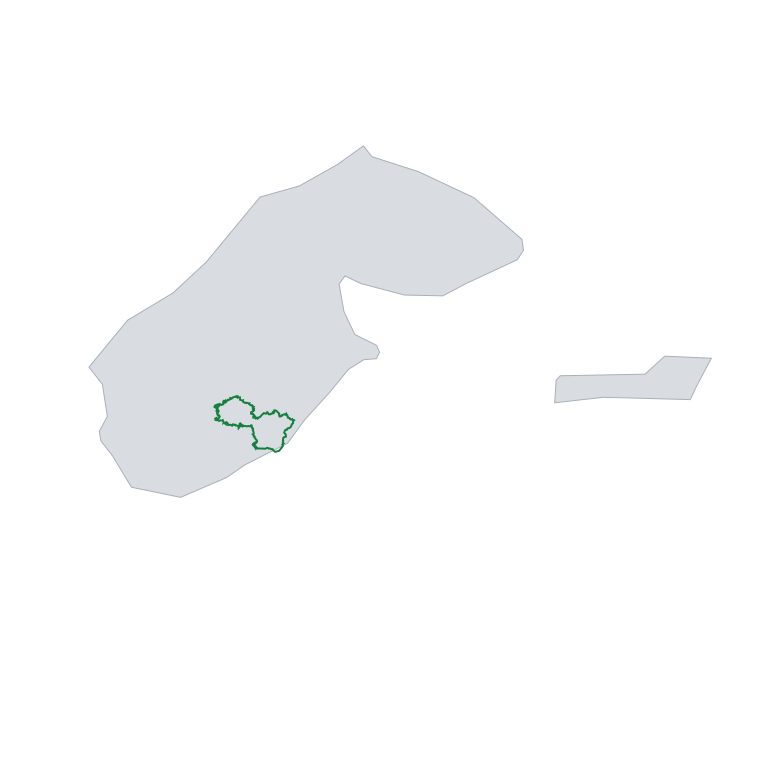 Qalqiliya, West Bank, Palestine shown in context, rotated 226°
{"feature_id": "87354302B40414204592822", "entity_name": "Qalqiliya", "entity_type": "district", "adm_level": 2, "iso_a3": "PSE", "parent_name": "Palestine", "parent_adm1": "West Bank", "projection": "orthographic", "projection_center": [35.101, 32.181], "detail": "fine", "context": "in_parent", "style": "outline", "palette": "green", "viewbox_px": 768, "rotation_deg": 226, "n_neighbors": 0, "source": "geoboundaries", "source_scale": "gbopen_adm2", "svg_char_len": 6589}
<svg xmlns="http://www.w3.org/2000/svg" viewBox="0 0 768 768"><g transform="rotate(226 384 384)"><path d="M601.1,183.5L608.0,243.8L596.1,295.5L595.2,340.8L604.6,424.8L585.3,460.6L574.3,502.7L569.6,534.6L555.9,533.2L512.8,556.3L455.5,578.1L392.2,583.7L383.3,577.2L380.8,566.2L399.3,512.8L406.5,487.6L433.8,460.5L472.5,437.0L488.9,431.0L487.0,421.0L463.9,405.5L439.9,397.4L417.0,405.5L409.9,402.9L407.5,396.1L415.5,386.4L419.2,368.5L415.7,338.5L413.3,301.9L408.4,273.6L422.5,227.6L426.1,205.7L443.8,158.9L485.2,130.6L520.9,138.8L539.7,140.8L547.7,146.3L552.9,162.5L579.4,181.2L601.1,183.5ZM251.9,493.7L267.1,510.4L267.5,516.5L209.8,578.5L209.0,605.3L175.1,637.4L164.6,605.2L160.0,593.5L222.3,532.3L251.9,493.7Z" fill="#d9dde1" stroke="#a8b0b8" stroke-width="1"/><path d="M425.0,248.5L424.3,249.5L423.1,250.6L421.9,251.9L420.8,252.7L419.8,253.8L419.6,254.8L419.1,255.8L418.4,256.1L417.7,256.1L417.1,257.0L416.6,257.3L415.5,257.5L415.0,258.2L414.6,258.5L413.9,258.6L413.1,258.3L411.4,258.5L410.8,258.7L410.5,259.0L410.2,259.5L408.8,262.2L409.3,266.1L409.4,266.3L409.5,267.2L409.6,268.0L410.3,268.8L411.1,268.9L411.1,270.6L412.0,270.5L413.1,271.5L413.1,272.0L414.4,273.0L415.3,274.3L415.3,274.9L414.6,276.0L414.3,276.9L416.0,278.3L417.0,278.2L418.3,278.4L419.5,280.8L419.1,282.2L418.6,282.3L419.0,283.9L418.0,285.4L417.9,286.9L418.1,288.0L419.0,289.6L419.0,291.2L419.9,292.1L420.4,293.0L420.4,294.2L420.7,294.2L421.3,293.6L422.4,293.3L422.5,293.4L422.8,292.7L423.0,292.6L423.1,292.4L423.6,292.4L423.7,292.2L424.1,292.0L424.6,292.1L425.2,292.4L425.6,292.0L425.9,292.0L426.5,291.5L427.1,291.7L427.6,292.3L427.9,292.4L428.4,292.3L428.6,292.6L428.8,292.5L429.5,292.7L429.6,292.8L429.9,292.9L430.3,293.0L430.2,292.8L430.3,292.1L430.6,291.9L430.6,291.7L431.1,291.8L431.7,290.8L432.5,288.8L432.1,288.6L432.1,288.3L432.5,288.3L432.6,288.1L432.5,287.5L432.7,286.8L432.8,286.6L433.2,286.3L435.0,287.3L435.4,288.0L438.2,288.0L438.5,287.8L439.1,287.9L439.8,287.8L441.0,287.2L441.3,286.8L441.2,286.4L441.0,285.9L440.8,285.8L440.8,285.6L440.1,285.5L440.1,285.2L440.5,284.9L440.9,285.0L441.0,284.5L440.8,284.4L440.6,284.0L439.9,284.0L440.2,283.4L440.5,283.3L441.0,281.5L441.4,281.5L441.5,281.1L441.4,281.0L442.4,280.0L444.7,280.6L444.9,280.4L444.7,278.9L444.7,278.3L446.5,277.4L446.6,275.6L446.4,271.6L446.8,270.9L446.9,270.3L447.5,269.8L447.5,269.4L446.9,269.4L446.9,268.9L448.1,268.7L448.6,268.0L448.6,267.8L449.0,267.9L449.1,268.2L449.4,268.0L449.3,267.9L450.4,266.8L450.5,267.0L450.8,266.9L451.2,267.2L451.1,267.4L451.4,267.8L451.5,268.3L451.5,268.5L451.2,268.8L453.2,269.0L453.4,268.6L454.7,268.5L454.8,267.8L455.2,267.9L455.8,268.5L456.0,268.7L456.0,269.1L455.4,270.6L455.3,271.5L455.7,271.5L455.7,272.0L456.1,271.9L456.9,272.2L456.8,272.5L456.3,272.7L456.0,272.9L456.1,273.0L456.5,273.4L457.7,273.2L458.0,274.4L459.0,273.8L459.1,274.3L460.1,274.4L460.1,274.2L460.6,274.1L461.4,273.3L463.2,273.0L463.6,273.8L464.1,273.2L465.3,272.6L465.8,272.1L465.9,271.7L466.2,271.5L466.4,271.6L466.7,271.4L466.8,271.4L467.1,271.2L467.3,270.9L467.6,270.9L467.9,270.5L469.2,270.3L469.8,270.6L470.1,271.0L470.2,270.7L471.0,270.5L471.3,270.2L472.6,269.5L474.4,271.0L474.6,270.6L475.0,270.3L475.8,270.1L475.9,269.9L476.3,269.8L476.2,269.5L476.6,269.6L476.8,270.2L477.2,270.0L477.5,269.8L477.7,268.8L477.6,268.6L478.2,268.5L478.3,268.3L478.2,268.0L479.2,266.4L479.3,265.6L479.1,265.0L479.5,264.4L479.8,264.4L480.6,263.8L479.7,263.2L480.1,262.5L480.0,262.3L480.3,261.5L480.7,261.2L480.6,260.8L481.2,260.4L481.0,259.9L480.8,259.9L480.8,259.7L481.4,259.0L481.3,258.9L481.3,258.4L481.5,258.4L481.0,257.9L481.6,257.3L481.1,256.9L481.3,256.8L481.6,257.0L481.6,256.6L481.8,256.4L481.9,256.9L482.5,257.8L482.7,257.4L482.4,256.8L482.3,256.6L481.6,255.4L481.8,255.3L482.5,256.5L483.1,256.6L483.0,256.1L482.5,255.6L481.6,254.9L481.6,254.7L481.4,254.5L481.6,254.4L481.6,254.2L481.4,253.7L481.8,252.7L482.1,252.4L482.2,252.1L482.5,252.1L482.7,252.3L483.8,251.6L483.6,251.4L483.6,251.1L483.3,250.6L483.5,250.6L483.2,250.0L483.3,250.0L483.0,249.1L483.3,249.0L483.7,250.5L484.1,251.1L484.4,250.3L485.1,249.8L485.5,248.5L485.5,247.9L485.8,247.3L485.5,246.5L485.2,246.5L485.1,246.8L485.2,247.0L484.7,246.9L484.7,246.2L484.0,246.4L484.1,247.1L483.5,247.1L483.2,247.4L483.3,248.4L483.0,248.5L482.8,248.2L482.7,247.7L482.4,247.5L482.6,247.3L482.8,246.7L482.1,246.6L481.7,246.0L481.4,245.9L480.7,246.2L480.8,246.4L480.7,246.6L479.9,246.4L480.1,246.0L479.4,245.7L479.6,245.4L479.9,245.5L480.2,245.1L480.6,245.2L480.6,245.3L481.0,245.5L481.3,245.4L481.2,245.0L481.0,244.7L480.5,244.6L480.0,245.1L479.5,245.2L479.1,244.9L479.3,244.6L479.4,244.4L479.2,244.1L478.3,243.8L478.3,243.2L477.3,242.9L477.0,243.1L476.8,243.2L476.4,242.9L476.2,243.4L475.9,243.3L475.6,243.5L474.9,243.3L474.6,243.1L474.1,241.4L474.3,240.8L474.4,240.6L475.1,240.1L476.0,239.9L476.0,239.7L475.8,239.3L476.0,239.4L476.3,238.8L475.7,238.6L475.8,238.2L475.1,237.8L474.5,238.3L474.4,238.5L474.5,238.5L474.2,238.8L474.1,239.2L473.6,239.2L473.5,239.4L472.9,239.6L472.0,239.7L471.9,239.9L472.0,240.2L471.1,241.4L470.1,242.2L470.0,242.9L468.1,242.2L467.7,241.7L467.7,242.0L467.4,241.9L466.9,242.1L466.1,242.1L465.8,242.4L465.3,242.4L465.6,243.1L466.0,243.1L466.0,243.6L466.2,243.8L466.0,244.1L465.9,244.2L465.0,244.2L464.6,244.3L464.1,244.2L463.6,243.7L463.4,243.3L463.1,243.8L462.3,243.8L461.8,244.7L461.4,245.0L461.3,245.3L460.4,245.4L459.6,245.8L459.9,246.3L459.9,247.3L458.7,247.7L458.6,248.0L458.4,248.5L457.5,248.4L457.4,248.8L456.8,248.9L456.4,249.3L454.9,249.8L454.2,249.5L453.3,248.8L453.6,250.8L454.8,251.2L454.8,251.8L455.5,252.3L455.6,253.2L454.5,253.3L454.4,252.7L453.3,251.9L453.1,253.0L452.5,252.8L452.1,252.6L451.8,252.7L452.2,253.7L451.1,254.0L450.7,254.6L450.4,254.9L449.4,255.5L448.6,256.2L447.9,257.4L447.0,257.8L446.5,258.3L446.4,258.8L446.5,258.8L446.7,259.6L446.3,260.0L445.9,259.9L445.7,259.3L444.7,259.0L444.0,258.5L443.5,258.7L443.3,258.9L443.0,258.9L442.5,258.2L442.3,257.9L442.0,257.8L441.8,257.5L441.5,257.6L441.2,257.4L439.0,256.0L438.5,255.2L438.8,254.7L437.9,254.7L437.2,254.3L436.9,254.0L436.6,254.3L436.2,254.5L435.7,254.2L435.4,253.8L435.2,253.6L434.1,253.7L433.5,253.3L432.1,253.4L431.0,253.0L430.7,252.7L430.6,252.2L430.8,251.2L430.6,250.6L431.4,250.9L431.8,250.0L431.6,249.5L431.1,249.7L431.6,248.7L431.1,248.7L431.6,247.9L431.6,247.6L430.8,247.3L430.4,247.4L430.0,247.4L429.8,247.8L429.4,247.7L429.6,247.3L429.2,247.3L428.9,247.6L428.5,247.4L428.5,247.7L428.2,247.7L427.3,247.3L427.4,247.5L428.5,247.9L428.4,248.4L427.6,248.4L427.3,247.9L426.1,247.6L425.7,248.6L425.4,248.6L425.0,248.5Z" fill="none" stroke="#15803d" stroke-width="2"/></g></svg>